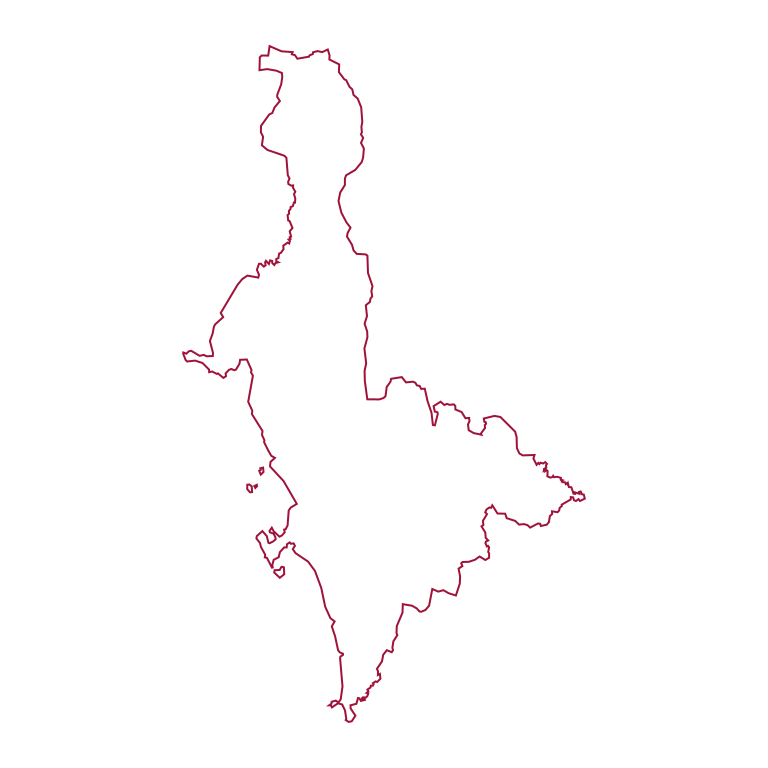 Sikao, Trang, Thailand
{"feature_id": "78962969B32337273254454", "entity_name": "Sikao", "entity_type": "district", "adm_level": 2, "iso_a3": "THA", "parent_name": "Thailand", "parent_adm1": "Trang", "projection": "robinson", "projection_center": [99.375, 7.613], "detail": "fine", "context": "isolated", "style": "outline", "palette": "rose", "viewbox_px": 768, "rotation_deg": 0, "n_neighbors": 0, "source": "geoboundaries", "source_scale": "gbopen_adm2", "svg_char_len": 6097}
<svg xmlns="http://www.w3.org/2000/svg" viewBox="0 0 768 768"><path d="M584.8,498.6L583.8,494.6L582.0,494.3L580.7,491.5L579.0,491.9L579.4,493.8L574.3,492.2L574.9,493.8L573.5,493.7L571.4,487.3L568.9,487.0L568.0,483.6L567.7,484.5L567.0,483.3L565.8,484.1L565.3,482.4L562.3,482.1L561.5,480.8L562.6,480.2L560.7,479.5L560.9,477.9L557.4,476.8L554.1,477.2L553.2,475.8L552.5,477.0L550.2,477.6L547.4,476.3L547.6,471.0L546.6,470.1L545.3,471.1L545.4,469.5L543.8,470.7L544.1,468.8L546.3,467.6L545.9,465.3L547.0,463.9L545.2,462.1L543.0,463.5L540.5,462.7L539.4,464.1L538.3,462.9L536.6,464.8L533.4,458.5L534.5,455.0L522.8,455.4L519.4,453.5L516.9,448.1L516.6,436.9L515.1,431.6L500.4,417.0L494.5,415.9L483.8,418.5L484.4,421.8L485.7,422.2L486.1,423.7L484.8,425.0L485.0,428.0L480.8,433.7L481.4,434.7L473.7,433.1L468.7,430.2L468.0,424.4L469.5,421.2L469.1,417.9L465.5,418.3L461.6,412.0L455.4,409.5L455.3,406.0L453.9,404.4L449.4,404.8L447.0,403.9L444.3,405.0L440.6,401.7L433.6,406.1L434.8,411.6L437.4,412.2L437.8,413.8L434.9,425.3L432.9,425.0L431.5,412.7L427.6,401.3L424.8,388.7L421.2,388.9L419.6,385.9L416.9,385.4L415.4,382.8L413.0,381.7L406.0,382.4L401.8,377.1L391.1,378.8L390.5,381.7L386.7,387.0L385.5,396.2L383.6,398.0L379.4,399.4L367.3,399.3L364.8,380.6L364.6,370.7L366.2,363.4L364.4,348.5L367.4,337.3L367.2,331.6L364.6,323.7L367.0,316.1L365.8,305.3L370.0,301.8L370.4,298.7L372.2,296.4L371.4,291.1L372.5,286.2L368.0,273.0L367.4,255.6L365.7,254.4L356.8,253.9L353.6,250.5L352.0,244.8L347.0,236.6L347.6,233.0L350.5,227.6L346.6,222.6L341.4,212.8L338.5,201.1L340.2,192.6L344.9,185.0L344.9,178.6L346.1,175.3L355.3,169.9L361.7,162.1L363.1,157.6L363.9,148.5L361.0,142.9L363.2,137.9L360.9,134.3L361.9,132.4L361.4,127.0L362.3,122.0L361.2,107.3L357.7,98.6L353.5,94.9L352.3,89.4L349.5,86.8L346.2,80.2L344.3,79.3L338.9,72.1L339.2,64.4L329.4,59.5L329.5,55.2L327.8,49.5L322.2,52.1L317.5,51.1L313.0,52.3L312.8,54.1L309.6,55.3L308.9,56.7L297.4,58.7L294.9,55.1L291.8,54.3L292.6,52.1L281.5,51.3L269.6,46.1L268.2,55.6L261.7,55.5L259.8,57.3L259.5,70.2L267.2,69.1L276.4,70.7L281.9,73.0L282.3,76.8L281.2,84.3L277.2,94.9L277.2,96.9L279.9,101.0L274.5,107.5L272.3,113.0L269.3,114.4L261.0,125.9L260.9,132.4L263.1,136.7L261.9,145.3L267.5,150.0L284.3,155.7L286.4,157.8L287.8,175.2L289.5,178.5L288.1,181.9L288.4,184.0L291.3,185.7L293.1,185.4L293.0,187.7L295.3,191.7L294.0,194.1L295.3,198.5L295.0,202.6L293.9,202.5L292.9,206.1L290.6,207.1L290.5,209.0L288.9,210.9L289.1,213.7L287.6,215.1L288.2,220.5L289.6,221.1L292.5,228.0L289.7,231.2L291.1,236.6L289.7,237.2L290.5,238.9L288.6,239.5L289.9,240.9L289.2,243.5L287.6,242.6L283.3,245.7L283.5,249.2L280.7,253.0L279.1,253.5L278.4,258.1L276.2,259.1L276.3,261.3L278.3,262.3L275.5,263.0L274.3,265.0L272.3,263.1L272.2,261.0L270.1,260.4L268.9,264.0L266.0,260.8L265.1,262.3L265.6,265.3L263.8,266.6L260.9,263.7L259.0,263.8L256.9,269.8L259.0,274.8L258.3,277.6L247.4,275.6L242.2,279.1L237.6,284.7L220.7,313.0L223.2,317.1L215.1,324.4L213.9,326.8L212.6,333.7L209.9,341.0L213.0,352.9L212.8,356.0L206.5,356.3L204.0,354.9L199.6,355.8L191.2,350.8L188.8,351.3L186.4,353.7L183.3,352.5L183.2,353.8L185.7,360.1L187.2,361.5L195.1,360.6L202.5,363.0L209.0,369.5L209.2,372.2L212.1,371.5L216.8,373.9L217.9,373.4L223.4,377.9L226.0,376.2L225.6,373.4L229.0,369.8L231.4,369.0L234.3,370.2L236.0,369.6L239.5,363.7L240.1,359.8L246.8,359.5L251.5,370.0L251.0,372.3L252.9,375.7L248.2,401.8L252.3,410.7L251.9,414.1L262.5,431.0L262.0,435.0L264.4,440.2L264.1,442.2L268.5,451.0L271.3,455.8L274.9,457.9L270.5,461.9L270.0,466.4L283.6,481.1L296.8,503.9L290.7,507.6L288.7,510.5L287.6,525.4L285.7,529.2L284.1,529.6L284.7,532.3L281.9,535.5L279.5,536.7L273.7,531.3L271.8,527.7L269.5,530.9L269.9,532.3L273.4,533.5L275.2,536.8L275.7,539.1L273.5,541.2L269.7,543.2L268.4,542.8L266.8,536.1L262.4,531.1L256.8,536.1L256.4,538.4L260.0,543.0L260.9,546.9L265.2,554.7L264.8,557.4L266.9,557.8L272.0,567.7L272.7,567.5L272.3,565.0L273.7,559.8L278.7,557.2L279.9,552.1L284.2,547.4L286.7,547.4L287.0,544.2L289.7,542.4L290.7,543.7L293.7,543.4L294.9,545.9L292.8,549.1L295.5,553.1L308.1,561.6L315.0,571.0L321.3,588.1L325.2,606.7L330.4,618.2L334.6,621.4L331.8,626.4L335.1,636.3L338.1,650.3L339.7,652.3L343.0,653.8L342.9,655.0L340.4,656.6L340.1,658.4L342.5,686.5L340.7,699.4L338.3,702.5L335.8,700.6L331.6,701.8L331.5,703.7L329.2,705.3L330.9,705.3L331.9,707.4L338.0,703.3L342.2,704.5L345.0,710.4L346.3,718.9L345.7,720.0L348.6,721.9L351.7,721.3L355.4,715.7L350.6,708.4L350.5,705.3L356.4,703.8L358.0,698.0L359.4,698.3L360.9,700.9L364.9,699.9L364.5,698.9L362.4,699.5L362.0,698.3L363.0,697.3L365.7,697.6L367.3,696.2L368.3,693.4L366.6,692.9L368.4,691.3L367.4,689.6L370.5,687.5L370.8,685.7L372.9,685.6L373.6,684.2L372.9,683.2L375.6,681.4L377.2,682.0L380.4,678.7L379.9,673.9L377.9,675.0L378.0,671.1L376.9,668.9L382.0,661.3L383.2,654.8L386.8,650.2L391.7,652.2L393.0,650.2L392.4,647.7L393.4,641.2L397.3,635.2L396.5,633.0L396.8,626.1L402.5,612.6L402.8,604.2L412.0,605.7L416.7,608.4L419.5,611.5L421.4,611.7L425.4,610.0L429.1,605.7L432.3,589.0L438.2,591.6L443.4,590.2L448.6,593.2L455.9,595.5L459.8,583.6L460.1,576.5L458.6,568.6L462.4,566.1L461.2,563.3L462.6,562.0L468.8,561.8L474.9,559.8L479.6,556.5L485.3,560.0L489.1,557.8L489.1,553.3L488.2,552.0L489.1,547.4L488.1,545.9L486.9,546.5L485.4,543.0L486.0,541.5L488.2,540.5L485.7,537.8L485.3,532.5L481.5,526.3L483.4,525.0L482.9,520.9L487.0,514.1L485.2,512.3L486.5,509.5L489.3,507.5L491.1,507.8L492.3,505.3L497.5,513.5L505.2,513.7L506.7,518.2L515.2,520.9L519.1,524.6L524.0,524.1L527.5,525.1L530.1,527.6L538.0,523.5L540.2,523.8L540.8,526.0L546.8,524.7L548.9,522.1L549.9,516.0L552.1,514.1L552.0,511.3L557.5,512.2L559.2,510.5L559.6,508.0L561.8,506.0L561.7,504.7L570.7,499.5L570.8,497.1L573.1,497.4L574.1,500.3L576.0,501.0L578.5,499.1L580.0,501.0L584.8,498.6ZM284.2,574.3L283.9,567.3L281.5,566.8L279.6,570.0L274.6,570.2L274.2,572.5L279.8,577.8L284.2,574.3ZM252.1,492.1L251.7,486.3L249.4,484.5L247.3,484.7L247.2,489.1L250.0,492.3L252.1,492.1ZM263.1,467.6L260.3,468.3L260.8,469.8L259.2,470.8L260.8,474.6L263.5,472.0L263.1,467.6ZM255.3,488.0L257.0,486.3L256.8,484.8L254.3,486.1L255.3,488.0Z" fill="none" stroke="#9f1239" stroke-width="2"/></svg>